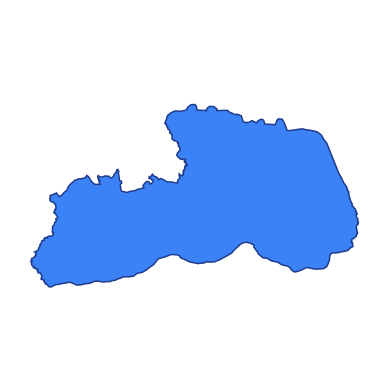 outline of Wa West, Upper West, Ghana, rotated 267°
{"feature_id": "2480657B35206472883168", "entity_name": "Wa West", "entity_type": "district", "adm_level": 2, "iso_a3": "GHA", "parent_name": "Ghana", "parent_adm1": "Upper West", "projection": "robinson", "projection_center": [-2.68, 9.917], "detail": "fine", "context": "isolated", "style": "filled", "palette": "blue", "viewbox_px": 384, "rotation_deg": 267, "n_neighbors": 0, "source": "geoboundaries", "source_scale": "gbopen_adm2", "svg_char_len": 6010}
<svg xmlns="http://www.w3.org/2000/svg" viewBox="0 0 384 384"><g transform="rotate(267 192 192)"><path d="M273.8,179.3L272.2,175.1L271.6,174.8L271.4,173.9L270.6,173.2L270.2,172.0L269.2,171.8L268.4,170.9L265.7,170.3L264.4,169.3L263.1,169.4L262.6,168.7L262.3,169.0L261.8,168.7L261.6,169.1L260.8,169.3L260.9,169.7L260.5,169.6L260.3,170.1L258.1,170.5L257.6,171.3L256.1,171.2L254.5,173.4L252.3,172.7L251.7,174.0L250.7,174.4L250.4,175.0L250.1,174.7L249.3,175.2L246.1,174.7L245.9,175.7L244.7,176.2L244.0,177.1L244.3,177.6L242.9,180.1L242.2,180.6L242.1,180.2L241.5,180.1L241.3,180.7L241.1,180.4L240.2,180.9L238.8,180.7L237.5,182.1L237.2,181.7L235.9,182.3L234.0,182.0L233.8,181.5L231.7,179.5L229.5,178.7L227.2,180.3L225.5,182.2L225.1,183.0L225.4,186.2L224.3,186.3L224.2,186.9L223.6,185.9L222.8,186.7L222.0,186.2L221.8,186.9L222.0,187.2L220.8,187.6L219.6,187.3L219.6,188.1L219.1,187.4L218.8,187.7L218.7,187.0L218.3,187.2L218.5,186.6L218.0,186.3L217.7,186.6L216.7,185.9L215.2,186.0L215.0,185.5L214.7,185.7L214.5,185.1L213.7,184.7L213.4,184.9L212.9,184.1L211.7,184.6L210.6,184.2L210.5,183.8L209.3,183.9L208.8,183.1L209.2,181.8L210.8,180.2L208.9,180.0L207.9,180.4L206.4,180.4L204.8,178.7L202.5,177.9L201.9,178.1L201.9,176.2L203.0,172.6L203.4,167.7L205.8,164.3L207.0,161.9L206.9,160.6L206.0,159.1L206.4,158.6L207.8,158.4L209.1,156.8L209.6,155.2L211.8,153.4L209.2,151.3L208.6,151.2L208.7,150.4L209.2,150.0L208.3,149.8L207.7,150.0L207.4,151.6L206.1,152.4L206.0,153.5L205.3,153.9L204.8,153.9L203.0,152.4L202.1,150.3L204.2,149.8L204.8,148.8L204.8,147.3L203.9,145.9L201.4,143.7L200.2,143.4L199.1,143.7L198.6,144.3L198.5,144.1L197.6,138.1L196.1,134.3L196.0,130.9L195.1,127.5L195.2,125.9L196.8,121.3L203.3,120.7L204.5,122.2L205.7,122.3L206.6,122.1L207.0,120.3L215.6,119.5L216.3,120.0L216.7,119.4L218.4,119.2L218.3,118.2L215.1,116.9L213.9,115.2L212.9,115.0L211.0,113.7L210.1,111.3L212.0,110.1L212.6,105.9L211.5,102.7L212.2,100.7L213.3,99.1L212.0,98.6L211.7,98.9L210.8,98.7L210.4,99.5L209.2,99.3L208.9,100.0L208.6,99.5L207.9,99.6L207.7,100.5L206.6,99.9L204.5,100.5L204.7,99.2L204.4,97.4L204.8,96.3L204.5,95.5L207.5,92.4L212.8,89.4L214.0,87.7L212.9,87.2L211.5,85.1L210.9,80.8L211.1,79.1L210.2,77.6L210.0,75.7L208.8,74.6L206.0,70.6L202.9,68.2L200.5,67.4L198.3,64.3L196.2,62.4L194.3,59.5L195.6,58.1L198.1,56.7L195.7,50.0L194.5,50.5L193.7,49.9L192.9,50.3L192.7,49.7L190.7,49.8L189.5,51.2L189.3,53.0L188.1,53.6L188.0,54.0L187.0,54.4L186.5,55.0L184.4,55.5L184.0,55.2L182.6,55.3L182.1,54.7L181.5,54.6L181.4,54.0L179.9,53.6L179.4,53.8L178.8,53.4L178.9,53.1L178.4,53.0L177.8,54.3L173.9,56.4L172.5,56.0L172.3,54.6L170.2,54.9L168.9,53.4L166.3,52.5L165.6,51.6L164.5,50.8L163.1,51.2L162.4,50.6L160.3,50.8L159.9,50.3L158.8,50.7L158.6,51.5L157.7,50.9L156.7,51.2L155.6,50.1L155.1,49.2L155.5,47.3L155.0,45.6L154.4,45.2L154.1,45.5L153.5,45.2L153.6,44.6L154.2,44.0L153.8,43.4L154.0,42.6L152.9,41.7L151.8,42.2L151.6,40.8L150.8,39.2L148.7,38.9L147.8,37.6L147.1,37.8L146.6,37.2L145.0,36.9L144.1,35.9L142.9,35.9L141.2,33.9L140.4,31.8L140.0,32.6L139.4,32.5L139.0,32.9L137.5,32.4L137.3,32.8L136.3,32.6L136.3,32.1L134.3,29.9L134.2,28.8L133.0,27.9L131.9,28.7L131.2,27.4L130.4,28.4L129.8,28.4L129.8,27.9L127.6,28.1L125.8,29.7L125.8,30.3L124.8,29.7L124.7,30.3L124.0,31.0L124.1,31.7L123.6,31.8L123.2,33.8L122.4,33.5L122.1,33.8L121.4,33.3L120.1,34.3L119.4,34.0L118.9,35.8L119.1,36.2L118.2,36.7L116.3,37.6L115.3,37.6L114.4,37.0L113.2,37.4L113.4,36.9L112.6,36.8L112.4,38.4L111.8,39.4L111.3,39.3L111.4,39.9L110.3,39.6L108.7,40.5L108.7,41.0L107.8,40.9L107.5,42.0L104.7,44.4L104.7,46.9L106.5,50.7L106.9,55.5L107.5,58.0L107.6,60.6L108.3,64.6L107.9,66.5L106.2,70.1L105.4,71.1L105.1,72.4L105.2,76.9L106.0,80.8L106.0,83.5L106.7,87.1L107.6,89.0L108.0,91.1L107.9,93.2L106.7,99.2L107.0,102.1L106.8,104.9L107.7,108.4L107.9,110.7L109.2,113.7L109.4,115.1L110.9,119.3L110.6,124.4L111.0,129.3L113.5,132.7L114.4,138.2L116.8,142.8L119.0,145.7L121.1,149.4L123.1,151.4L125.6,153.3L127.2,155.2L128.5,161.2L130.7,168.1L130.0,173.8L129.5,175.1L128.9,176.0L127.5,176.8L126.2,178.2L125.8,179.6L122.3,186.0L120.1,194.6L120.5,196.1L120.5,200.2L121.6,203.1L121.1,205.7L121.0,210.6L123.2,216.9L128.7,228.1L132.4,231.7L137.1,237.4L138.3,239.7L139.0,242.6L138.9,244.1L137.8,247.6L136.1,250.6L135.4,251.0L133.7,250.9L128.3,254.4L127.1,254.7L123.0,258.9L122.3,260.2L122.0,263.2L119.0,267.9L117.8,272.8L116.9,274.8L114.6,277.8L112.9,283.8L111.9,285.2L109.0,287.2L106.8,290.0L107.0,292.9L108.5,297.7L110.5,302.1L110.3,304.1L108.6,310.6L108.4,317.6L108.9,320.3L109.9,321.4L110.2,322.6L110.8,322.6L111.7,323.4L116.3,325.5L121.6,326.4L123.0,327.5L123.9,329.2L123.6,332.7L125.2,343.6L126.3,345.7L127.7,346.9L129.1,349.9L130.2,349.5L131.8,349.9L132.8,349.5L133.1,348.7L133.4,349.0L133.8,348.7L134.4,349.2L134.6,348.7L136.4,348.8L137.1,351.3L137.9,351.5L139.1,353.7L140.3,354.0L141.3,354.8L142.1,354.6L142.7,355.2L144.5,354.6L146.7,354.6L147.3,354.2L148.9,354.3L151.0,355.4L151.3,356.2L152.0,356.0L152.4,356.5L153.3,356.6L154.2,355.8L155.5,356.3L156.0,355.9L156.7,356.1L157.9,355.1L160.0,354.8L160.5,354.9L161.1,355.7L161.4,355.3L162.3,355.6L162.6,355.1L163.4,355.1L163.9,354.5L164.2,354.8L165.3,354.6L166.6,354.1L167.4,353.0L168.6,352.7L169.2,351.7L170.1,351.2L172.1,351.3L173.2,350.5L177.2,349.3L177.5,348.8L178.5,349.2L181.1,348.4L183.7,348.6L185.6,347.5L188.8,346.8L193.3,344.0L199.6,341.4L202.6,339.7L233.8,329.1L237.1,326.7L242.3,324.0L245.6,320.0L247.2,314.5L248.5,307.8L249.0,307.0L249.3,305.0L248.2,292.4L248.6,290.2L255.5,288.0L259.7,286.1L260.2,284.6L260.5,283.2L260.2,281.6L258.9,280.4L254.9,278.8L256.0,268.4L259.1,267.5L260.6,266.5L261.0,265.6L260.7,263.7L259.6,261.6L257.7,259.9L260.2,255.7L258.7,252.8L258.5,249.2L259.2,247.5L260.1,246.6L265.5,245.2L267.4,241.1L266.8,239.3L267.7,238.1L269.4,234.2L271.1,232.1L271.7,231.8L272.0,221.0L273.6,221.2L276.2,218.2L276.6,213.9L274.9,211.6L273.8,210.8L272.3,210.6L272.8,209.2L273.5,201.3L277.7,200.8L279.2,199.5L279.3,195.8L277.5,192.8L275.3,191.2L274.3,190.9L273.2,185.3L273.8,179.3Z" fill="#3b82f6" stroke="#1e3a8a" stroke-width="1.5"/></g></svg>